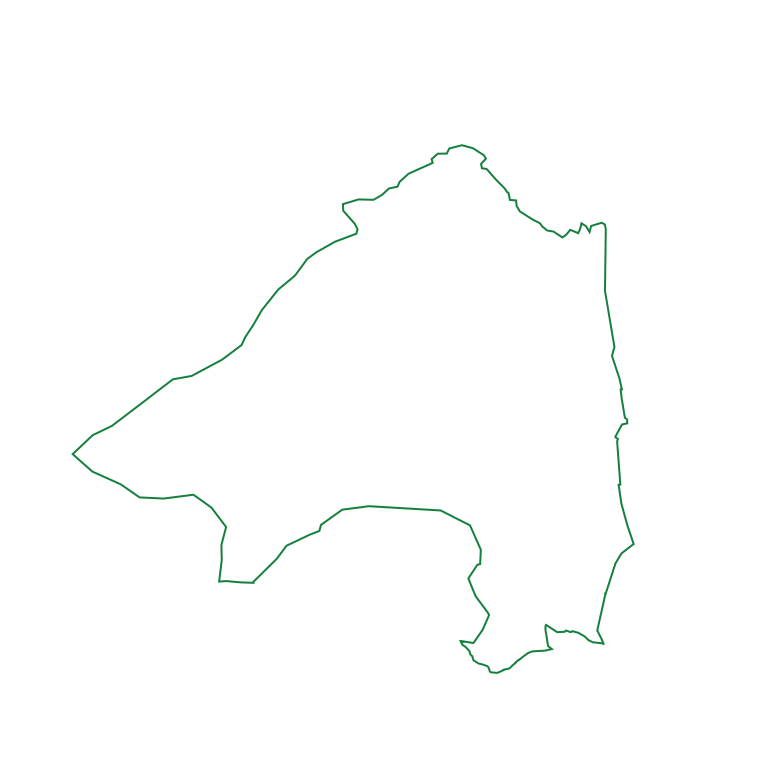 Commonwealth 1, Montserrado, Liberia, rotated 285°
{"feature_id": "62588387B86192689871255", "entity_name": "Commonwealth 1", "entity_type": "district", "adm_level": 2, "iso_a3": "LBR", "parent_name": "Liberia", "parent_adm1": "Montserrado", "projection": "natural_earth1", "projection_center": [-10.681, 6.392], "detail": "fine", "context": "isolated", "style": "outline", "palette": "green", "viewbox_px": 768, "rotation_deg": 285, "n_neighbors": 0, "source": "geoboundaries", "source_scale": "gbopen_adm2", "svg_char_len": 2830}
<svg xmlns="http://www.w3.org/2000/svg" viewBox="0 0 768 768"><g transform="rotate(285 384 384)"><path d="M235.7,101.4L231.7,109.3L223.9,125.1L218.9,155.8L211.2,177.3L215.5,197.0L216.2,200.5L227.7,228.6L226.3,232.5L219.9,249.4L205.0,268.5L186.4,268.6L172.1,272.8L150.5,275.9L152.8,282.6L155.3,297.0L155.9,299.5L158.1,309.1L158.5,308.7L186.8,325.3L187.9,325.9L202.5,331.6L219.2,351.2L224.5,358.5L225.3,359.6L231.6,359.6L251.8,376.2L259.2,394.2L262.0,400.8L274.4,461.2L276.5,471.6L273.2,487.0L269.7,503.7L249.0,520.4L234.9,523.5L233.6,521.0L218.1,515.8L212.4,520.0L211.0,521.1L203.7,526.7L201.8,528.6L191.5,541.6L189.4,544.2L188.1,545.2L185.7,545.0L182.4,544.5L172.1,542.9L159.2,538.3L156.9,537.3L155.9,526.6L155.5,526.9L155.5,526.4L155.4,524.6L154.8,525.1L152.1,527.6L152.2,527.9L151.3,530.5L148.4,535.3L147.9,535.8L145.1,537.4L144.9,537.8L143.8,539.9L143.1,540.2L140.2,542.0L138.9,546.3L138.5,547.7L138.6,552.1L138.2,556.8L137.4,558.2L134.6,560.1L133.5,560.8L133.4,561.5L133.2,562.2L134.1,567.3L134.3,568.0L134.3,568.3L138.7,573.7L139.0,573.5L139.9,575.3L140.1,575.7L141.7,578.8L145.4,580.9L148.8,583.3L149.0,583.1L152.6,585.6L152.5,585.9L156.9,589.1L161.5,592.9L164.1,596.5L166.6,603.8L167.5,606.8L168.3,608.9L171.4,614.7L173.4,610.3L178.2,608.1L183.8,605.7L185.2,605.0L187.8,603.8L191.6,602.7L193.2,602.8L193.0,603.9L189.1,615.4L191.4,622.6L193.0,623.6L192.6,628.7L194.0,629.8L194.0,636.0L192.2,642.9L189.4,648.1L188.6,652.5L188.7,653.4L190.1,662.7L189.1,663.9L193.9,660.2L201.1,653.8L203.2,653.7L236.6,652.3L238.7,652.4L238.7,650.9L238.9,652.4L270.6,654.0L281.8,657.2L293.2,665.9L294.0,666.6L305.3,659.1L310.0,655.9L330.0,644.2L347.4,636.7L348.0,638.3L348.6,638.1L389.0,624.0L390.6,624.1L391.4,624.2L392.5,621.3L392.9,621.1L406.5,624.4L408.3,627.9L408.9,629.1L412.7,628.0L413.8,625.4L432.1,617.1L440.0,614.0L440.4,615.2L450.4,609.9L465.5,600.0L470.3,596.9L479.4,597.0L481.2,596.2L531.7,573.1L534.1,572.6L590.8,558.2L595.2,556.1L596.1,552.6L590.3,543.2L584.0,543.2L588.6,538.5L590.3,533.2L584.6,533.3L580.0,532.6L581.1,524.0L575.4,521.4L571.7,518.4L575.1,508.4L574.5,501.8L577.3,495.8L579.6,493.2L581.3,485.2L585.8,470.6L588.5,467.9L590.4,466.0L595.5,464.0L594.4,458.0L601.0,454.7L601.0,453.6L602.3,452.0L604.1,450.0L610.3,439.4L618.3,427.4L617.7,422.8L621.7,420.8L628.0,424.1L630.8,421.3L634.8,408.8L634.8,397.5L628.4,386.1L622.8,385.0L620.4,376.4L613.6,371.8L610.2,373.8L593.5,353.3L583.2,346.7L578.1,346.0L574.1,338.1L566.6,333.5L559.2,326.2L555.7,311.6L552.2,306.0L547.1,297.8L540.8,299.8L531.1,314.4L526.6,318.4L522.0,318.4L508.8,299.9L493.9,284.7L484.8,277.4L479.2,275.3L465.6,269.9L447.9,257.4L423.8,246.9L406.7,242.3L392.9,237.7L384.9,236.4L373.7,227.7L365.5,221.2L342.0,196.1L338.1,187.9L333.9,178.9L328.1,174.4L299.6,152.5L273.2,132.1L259.2,115.9L235.7,101.4Z" fill="none" stroke="#15803d" stroke-width="2"/></g></svg>